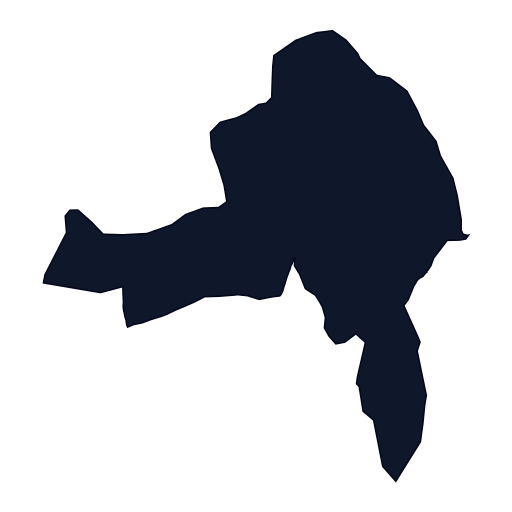 the district of Ejigbo, Osun, Nigeria
{"feature_id": "59680162B4821538642969", "entity_name": "Ejigbo", "entity_type": "district", "adm_level": 2, "iso_a3": "NGA", "parent_name": "Nigeria", "parent_adm1": "Osun", "projection": "natural_earth1", "projection_center": [4.23, 7.836], "detail": "fine", "context": "isolated", "style": "filled", "palette": "ink", "viewbox_px": 512, "rotation_deg": 0, "n_neighbors": 0, "source": "geoboundaries", "source_scale": "gbopen_adm2", "svg_char_len": 2281}
<svg xmlns="http://www.w3.org/2000/svg" viewBox="0 0 512 512"><path d="M468.6,235.1L467.6,235.4L463.1,234.2L461.2,230.3L461.2,219.5L457.3,196.0L452.9,178.2L440.4,156.0L436.0,141.3L423.5,125.2L417.4,110.8L406.9,91.1L389.4,77.8L376.7,75.4L374.3,73.0L359.9,58.5L357.7,53.6L346.2,40.3L332.5,30.7L323.0,31.9L316.6,32.6L295.8,40.3L273.9,55.5L272.8,65.7L272.3,78.4L271.7,97.5L266.2,103.2L258.6,104.5L246.0,113.4L236.7,117.8L235.1,118.3L227.0,120.4L220.2,122.3L210.4,132.4L211.5,148.3L213.8,154.5L219.1,168.7L224.1,185.2L226.8,201.7L218.6,207.5L203.3,208.1L188.4,213.5L185.7,214.5L172.7,224.1L172.1,224.6L147.8,233.2L146.9,233.5L128.1,234.5L123.3,234.8L103.1,234.2L92.1,222.7L77.9,210.0L70.0,210.2L65.2,216.0L66.5,232.6L65.5,234.6L45.0,274.7L43.4,282.9L100.5,292.6L122.9,286.6L122.9,287.4L122.9,288.4L122.9,289.2L122.9,290.0L122.9,290.7L123.0,291.5L123.0,292.7L123.0,293.9L123.0,294.8L123.2,295.8L123.2,296.9L123.2,298.0L123.3,299.2L123.3,300.1L123.4,301.4L123.4,302.4L123.3,304.0L123.1,305.4L123.2,306.1L123.2,307.3L123.5,308.8L123.5,310.0L124.1,312.4L124.3,313.6L124.6,314.9L124.8,316.0L125.1,317.3L125.6,318.8L126.1,320.1L126.2,321.4L126.4,322.9L126.6,324.5L126.9,325.4L127.6,327.1L133.6,324.6L142.3,322.8L149.9,319.9L160.6,316.6L166.6,314.4L173.8,310.9L177.2,309.3L184.6,306.3L194.6,301.9L204.6,296.7L218.5,296.3L235.1,295.0L237.8,294.7L247.4,295.7L259.2,299.4L271.9,296.9L279.8,295.9L281.0,294.5L281.7,293.2L282.9,290.7L283.2,289.2L284.1,286.0L285.0,283.7L285.4,282.3L285.9,280.4L286.8,277.6L287.1,276.5L287.9,274.6L288.4,273.0L289.1,271.4L289.9,269.4L290.4,267.6L291.1,265.4L292.1,263.7L292.8,261.7L293.6,260.0L294.0,258.7L294.5,257.3L294.5,265.9L299.6,274.2L305.4,288.7L315.5,295.3L319.9,302.4L322.4,306.9L325.4,317.5L324.4,327.9L329.1,336.3L335.8,343.9L344.7,342.2L355.9,333.8L365.4,342.4L357.4,377.1L356.5,383.8L359.2,386.6L363.1,411.3L373.6,420.1L382.7,466.4L395.8,481.3L420.4,441.8L422.9,423.5L424.7,405.0L426.4,395.2L426.2,394.8L417.2,351.0L420.0,342.1L418.2,337.5L403.8,305.5L408.1,299.9L414.1,285.4L415.5,283.5L416.7,281.1L418.5,279.1L420.6,277.5L422.1,276.9L423.0,276.4L424.1,274.8L424.9,273.9L426.1,272.6L427.0,272.0L426.6,271.2L428.0,270.1L430.9,265.7L433.8,257.9L447.2,240.4L459.8,240.1L465.8,239.0L468.6,235.1Z" fill="#0f172a" stroke="#020617" stroke-width="1.5"/></svg>